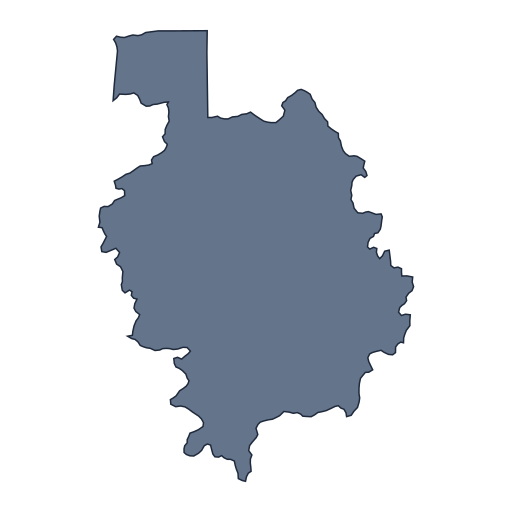 outline of Pancas, Espírito Santo, Brazil
{"feature_id": "56859067B19948054793148", "entity_name": "Pancas", "entity_type": "district", "adm_level": 2, "iso_a3": "BRA", "parent_name": "Brazil", "parent_adm1": "Espírito Santo", "projection": "orthographic", "projection_center": [-40.82, -19.149], "detail": "fine", "context": "isolated", "style": "filled", "palette": "slate", "viewbox_px": 512, "rotation_deg": 0, "n_neighbors": 0, "source": "geoboundaries", "source_scale": "gbopen_adm2", "svg_char_len": 4667}
<svg xmlns="http://www.w3.org/2000/svg" viewBox="0 0 512 512"><path d="M127.6,336.2L131.7,338.6L135.0,339.4L138.0,341.9L140.2,345.4L143.4,346.8L146.6,347.8L150.2,348.3L155.0,350.5L159.8,350.0L162.7,348.6L166.7,348.4L169.6,348.6L173.3,349.5L177.9,349.0L182.9,347.3L187.1,347.5L190.4,351.1L188.3,353.6L184.7,356.4L181.6,359.1L177.5,357.3L173.8,358.5L174.3,363.5L176.0,367.0L179.1,368.3L182.3,370.5L185.9,374.1L187.2,378.1L189.0,380.8L188.0,383.7L186.2,386.2L182.9,388.7L179.6,390.8L176.1,395.9L173.0,398.1L170.4,399.6L170.8,404.2L175.7,406.7L180.5,406.0L185.0,406.9L188.8,409.2L192.6,412.1L198.7,416.1L201.4,418.9L203.5,422.6L203.0,426.5L198.4,429.7L194.0,431.7L190.0,433.1L188.7,436.5L187.2,439.6L187.2,442.8L184.7,445.8L184.0,448.9L184.1,452.5L186.4,454.5L189.8,455.8L193.8,456.0L198.6,453.2L201.6,450.4L204.3,445.7L207.4,444.0L210.6,445.1L211.5,449.0L212.9,454.1L214.9,456.8L218.7,457.1L221.6,455.6L224.1,457.8L227.3,459.3L230.4,459.3L234.3,461.0L235.3,465.6L236.4,469.3L238.0,473.2L238.3,478.6L242.2,480.5L245.5,481.3L246.5,476.7L248.3,473.2L251.1,471.3L250.8,467.2L250.3,462.9L250.4,459.0L251.9,455.0L248.7,450.6L249.6,445.6L252.2,442.2L254.1,440.0L256.2,437.6L257.8,434.5L256.0,428.3L258.0,424.4L260.3,422.1L263.6,421.0L268.4,419.8L272.5,419.2L275.7,417.7L279.6,415.7L283.9,411.5L289.1,412.1L293.3,413.3L297.2,412.6L300.6,414.0L302.8,416.2L307.0,416.5L311.1,416.7L314.7,414.8L317.8,412.5L321.9,411.7L326.2,410.6L331.0,408.4L335.1,406.4L338.3,405.7L340.9,408.1L343.9,409.2L346.0,412.8L346.6,416.6L351.2,415.3L353.9,411.3L357.5,407.5L359.1,402.0L359.7,397.9L359.0,393.7L359.0,388.1L359.4,383.5L360.5,378.3L363.0,375.2L365.3,372.4L368.8,372.2L372.7,369.8L370.4,365.1L368.8,361.7L367.8,357.7L369.7,353.9L372.7,352.4L376.2,351.4L381.0,350.3L384.2,352.4L388.5,354.4L392.6,354.8L395.5,352.6L395.6,347.0L397.9,343.9L400.7,342.1L403.5,342.8L403.7,337.9L404.7,334.5L406.3,330.4L409.9,325.6L409.8,320.8L410.3,314.8L405.5,314.2L401.4,315.5L398.6,312.2L399.7,307.6L401.9,305.4L404.5,303.7L406.6,300.6L406.0,297.1L408.7,293.2L412.0,290.7L413.6,286.7L412.2,282.1L412.7,277.0L406.9,275.9L401.8,276.0L401.5,272.4L401.5,268.7L397.9,267.1L394.0,267.9L390.8,265.5L390.6,261.4L389.8,254.9L389.2,250.1L384.7,251.2L382.4,255.9L379.7,258.6L377.7,256.1L376.4,252.3L376.8,248.5L373.6,247.3L369.7,249.1L367.5,246.9L368.1,242.3L370.0,238.4L373.5,236.4L374.5,233.5L377.9,232.8L380.3,229.2L381.0,226.2L381.7,220.6L382.3,216.9L381.1,213.9L376.0,214.4L371.8,212.8L368.4,211.6L365.5,212.1L362.7,213.3L357.8,212.8L354.1,208.3L353.0,203.0L350.9,199.5L351.8,195.4L350.7,190.3L351.8,185.6L352.0,182.3L353.3,179.4L356.2,176.1L361.1,174.7L364.7,177.4L367.0,175.5L365.8,171.5L363.2,168.0L363.9,164.6L364.8,161.2L361.5,159.0L357.0,156.3L354.1,155.8L349.3,156.3L345.5,153.6L343.2,150.7L341.5,146.4L340.4,140.9L338.5,137.8L338.3,133.3L335.3,131.6L331.3,128.9L327.9,126.1L327.6,121.8L324.5,118.6L322.1,114.5L318.8,111.4L316.1,107.2L314.9,102.5L312.1,99.1L310.2,94.3L307.3,92.3L304.6,90.8L301.2,89.4L297.6,90.3L295.0,92.8L291.5,95.5L287.7,97.6L285.6,100.8L282.9,102.5L281.7,105.8L284.9,110.2L283.3,116.2L279.8,119.4L275.9,122.6L271.0,122.6L267.3,122.1L263.7,121.1L260.2,118.9L254.8,115.3L250.5,112.1L246.7,113.8L241.8,114.4L237.8,116.4L232.4,116.9L228.1,118.9L224.5,118.9L220.6,118.1L217.5,116.2L211.9,117.5L207.8,117.5L206.9,52.7L207.2,30.7L173.2,30.9L158.0,30.9L145.7,32.5L141.6,34.8L138.0,35.6L132.8,35.0L129.0,36.0L124.5,37.5L120.5,37.2L116.5,36.2L113.6,39.4L115.6,42.8L116.9,46.7L117.5,50.9L114.2,85.4L113.1,100.7L116.7,97.8L119.5,94.1L125.8,94.4L130.1,94.0L133.8,92.9L137.7,95.4L139.6,99.1L141.2,103.2L146.2,106.2L149.7,106.0L153.1,104.5L157.2,104.1L160.7,103.2L164.2,102.3L168.4,102.0L166.9,104.7L168.4,107.9L168.9,112.0L168.4,116.7L169.2,121.1L166.8,125.5L165.2,129.4L165.1,133.8L162.5,136.8L164.5,141.6L167.3,144.3L166.3,147.3L164.5,150.4L161.7,152.6L157.9,154.9L153.6,156.7L151.5,160.0L152.2,163.6L148.9,165.0L144.8,165.6L140.2,166.0L137.2,167.9L133.6,170.5L129.9,173.1L125.9,174.3L122.1,176.9L117.7,179.4L114.2,181.2L115.5,185.2L116.0,188.3L118.9,189.1L121.9,188.6L124.5,190.6L124.7,195.6L121.1,197.8L117.9,199.1L114.6,200.5L112.3,204.0L108.0,206.6L104.1,206.4L100.6,208.1L99.9,211.3L99.2,216.1L99.9,222.3L98.4,227.2L102.1,227.7L103.4,230.9L104.8,233.8L106.6,236.5L103.0,243.5L101.0,246.9L101.8,251.6L106.1,252.4L115.9,248.3L119.6,252.5L117.6,257.0L114.7,259.5L116.6,264.1L120.5,266.7L122.9,271.5L122.3,277.7L122.4,281.7L121.3,284.6L122.3,290.3L125.0,292.9L129.5,290.1L132.0,291.7L131.3,295.3L133.6,298.2L137.0,299.1L134.8,303.7L134.0,308.1L135.8,311.5L139.7,314.6L138.3,317.9L136.1,320.8L134.0,326.0L132.8,331.6L132.4,335.3L127.6,336.2Z" fill="#64748b" stroke="#1e293b" stroke-width="1.5"/></svg>